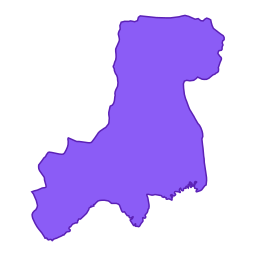 outline of Thung Yang Daeng, Pattani, Thailand
{"feature_id": "78962969B39593186090950", "entity_name": "Thung Yang Daeng", "entity_type": "district", "adm_level": 2, "iso_a3": "THA", "parent_name": "Thailand", "parent_adm1": "Pattani", "projection": "natural_earth1", "projection_center": [101.449, 6.64], "detail": "fine", "context": "isolated", "style": "filled", "palette": "violet", "viewbox_px": 256, "rotation_deg": 0, "n_neighbors": 0, "source": "geoboundaries", "source_scale": "gbopen_adm2", "svg_char_len": 5827}
<svg xmlns="http://www.w3.org/2000/svg" viewBox="0 0 256 256"><path d="M217.3,72.5L217.8,72.1L218.4,71.2L218.6,69.0L218.3,67.7L220.1,62.3L221.3,59.6L221.4,59.1L221.4,58.2L221.0,57.3L219.9,56.3L217.9,53.5L218.1,52.5L218.5,51.4L219.1,50.6L221.3,50.3L222.0,49.5L222.1,48.8L222.1,47.2L222.5,45.9L222.9,45.4L222.9,44.5L222.3,43.4L222.3,42.4L222.8,40.7L223.8,40.1L224.2,39.3L224.1,37.3L223.1,35.6L221.2,34.4L218.9,32.7L213.4,28.4L212.1,25.5L211.3,22.7L210.7,19.9L208.8,18.8L206.7,18.1L204.8,19.2L203.1,20.9L200.9,20.7L198.2,18.6L195.1,19.2L188.8,16.4L185.0,15.4L181.6,16.1L179.1,16.8L170.2,17.9L166.5,17.9L156.4,17.6L140.2,15.9L138.4,17.3L137.5,20.6L134.7,21.7L130.6,20.9L128.5,21.4L124.7,21.3L121.2,22.2L119.9,25.6L120.2,29.1L119.0,31.3L118.4,33.1L118.3,34.3L118.9,36.5L119.4,39.1L119.2,41.0L117.3,45.4L116.5,47.1L115.7,49.1L115.7,51.4L116.0,54.1L116.1,57.1L115.7,59.9L114.7,62.1L113.9,65.0L113.2,66.2L113.5,67.5L114.2,68.6L114.4,70.7L115.6,73.8L116.3,74.6L116.9,75.9L117.5,77.8L117.6,79.9L118.0,82.7L117.6,86.3L115.8,89.9L115.1,92.0L114.9,93.9L115.2,95.1L114.8,97.1L114.5,100.1L114.2,101.5L113.6,103.3L112.4,105.1L110.3,106.1L110.0,106.9L108.8,112.4L108.8,114.6L109.3,118.0L108.9,122.7L108.5,124.0L105.7,127.5L104.2,128.3L100.1,131.1L98.5,132.6L94.9,137.9L92.5,141.1L91.4,142.4L89.7,142.8L88.0,142.7L83.0,142.0L79.2,141.5L76.8,141.5L75.7,141.1L68.4,137.9L68.1,138.1L67.9,139.1L68.2,141.4L68.1,144.4L67.5,146.9L66.2,149.9L64.5,153.0L63.4,154.0L61.9,154.3L59.1,154.0L51.9,152.5L49.2,152.1L48.1,152.5L46.5,154.6L45.7,156.3L44.9,157.2L43.7,158.1L42.9,159.4L38.7,165.0L38.6,166.9L38.8,168.8L39.6,170.7L42.1,174.3L44.0,176.9L44.4,177.9L44.5,180.0L45.9,185.1L46.1,186.3L45.9,187.2L45.1,187.6L42.2,188.0L37.4,190.1L34.2,190.9L31.8,191.8L33.4,193.9L36.3,200.6L37.5,205.5L37.1,207.4L35.8,209.8L34.4,210.8L32.8,212.7L32.1,214.5L32.2,216.0L32.7,218.3L35.1,223.4L37.0,226.7L38.9,229.3L41.9,233.0L44.5,237.1L45.0,238.2L46.6,238.0L46.9,238.2L47.1,238.4L47.2,239.0L47.6,239.1L48.1,239.8L48.4,239.9L49.5,239.6L50.7,239.4L51.7,239.8L52.0,240.5L52.4,240.6L53.7,239.1L54.9,238.8L55.4,238.4L56.4,238.3L59.3,236.9L60.3,236.5L62.0,235.7L63.0,234.9L63.8,235.1L65.0,233.6L65.5,233.4L65.7,232.8L66.1,232.3L67.6,231.7L69.0,231.6L69.7,231.3L70.1,230.7L70.2,230.0L70.0,229.6L69.0,228.8L68.9,228.6L69.2,227.6L69.4,227.2L69.9,226.8L70.2,226.9L70.4,226.9L70.8,226.5L72.0,224.8L72.7,224.1L75.9,222.8L76.1,222.8L76.8,223.0L77.1,222.9L77.7,221.9L77.6,220.8L77.8,220.5L78.3,220.2L78.4,219.6L78.6,219.1L78.9,218.9L79.2,218.9L80.1,219.2L80.4,218.9L81.1,218.6L81.3,218.3L83.6,216.2L86.5,213.4L88.8,209.5L88.9,208.6L89.1,208.2L89.4,207.8L90.4,207.3L91.0,206.2L91.3,206.2L91.6,206.8L92.4,206.4L93.9,206.0L93.9,205.9L93.6,205.3L93.6,204.6L94.6,204.4L96.3,202.5L98.0,201.0L99.6,200.5L101.3,200.3L104.3,200.2L108.3,200.9L109.3,201.5L111.4,203.3L111.8,203.4L116.4,203.4L118.5,204.2L119.5,205.2L121.6,210.8L122.5,212.0L123.2,212.1L124.2,211.7L124.6,211.9L125.7,213.6L127.2,215.6L127.5,215.7L128.2,215.6L128.8,215.8L129.2,217.2L129.5,217.6L129.9,217.9L130.5,218.0L131.1,217.8L131.9,217.4L132.8,216.7L133.0,216.7L133.1,216.9L133.0,217.3L132.3,218.7L131.6,219.2L130.4,219.7L130.2,219.9L130.2,220.2L130.5,220.8L133.5,225.4L134.0,225.6L134.5,225.5L135.1,224.0L135.3,223.8L135.5,223.8L135.7,224.1L135.7,224.3L135.4,225.3L135.4,225.9L135.5,226.2L135.8,226.3L137.3,226.3L138.4,226.7L138.9,226.6L139.3,226.4L139.8,225.8L141.1,223.5L142.5,221.8L142.9,221.2L143.0,220.7L142.7,217.8L143.2,217.6L144.2,218.1L144.8,218.2L145.3,217.9L145.6,217.6L145.7,217.1L145.7,216.5L145.1,215.4L145.2,214.9L146.5,213.4L147.2,212.5L147.7,211.2L148.1,209.3L148.8,208.4L148.9,208.1L149.1,206.3L149.0,204.6L147.8,197.8L146.8,195.1L146.8,194.6L146.9,194.4L148.2,194.3L151.7,195.1L152.5,195.1L153.3,195.0L154.7,194.6L155.7,194.6L161.2,195.6L161.4,195.7L161.9,196.2L162.1,196.8L162.7,197.1L163.2,197.1L163.6,197.3L163.9,196.9L164.2,196.7L164.4,197.0L165.0,197.4L166.1,197.7L166.1,198.7L166.4,199.2L167.1,199.2L167.6,199.2L168.0,198.9L168.9,198.9L169.7,199.1L171.8,200.1L172.0,199.6L172.1,198.9L172.0,198.3L171.7,197.9L171.6,197.5L171.8,197.2L172.3,197.2L172.1,196.7L170.6,195.7L170.6,195.3L170.7,195.0L171.7,194.6L171.9,194.6L172.5,195.3L173.3,195.9L173.8,196.0L174.4,195.8L175.4,195.0L175.6,194.5L175.5,194.0L175.1,193.7L174.6,193.2L174.5,192.3L174.8,191.8L175.5,191.5L178.4,191.8L179.3,192.1L179.9,192.5L180.2,192.4L180.2,191.8L180.0,191.3L179.4,190.5L179.4,189.7L179.7,188.9L180.3,188.3L180.6,188.2L180.8,188.5L180.8,189.0L181.6,190.3L182.3,190.7L183.0,190.7L183.4,190.3L183.6,188.8L184.2,188.2L185.7,188.4L186.0,188.3L186.1,188.1L185.8,187.5L185.8,187.2L186.0,186.6L186.3,186.3L186.5,186.3L187.1,186.7L188.0,187.9L188.3,188.1L188.4,187.8L188.4,186.8L188.1,185.7L188.1,185.3L188.2,184.7L188.6,184.2L189.0,184.2L189.2,184.5L189.5,184.8L189.8,185.8L190.1,186.4L190.8,187.4L191.1,187.4L191.4,186.9L191.5,185.1L191.3,184.8L190.4,184.2L190.1,183.8L189.6,182.9L189.5,182.3L190.1,182.0L190.4,182.1L191.6,183.1L192.0,183.7L192.1,184.2L192.6,185.8L192.7,186.2L192.9,186.3L194.4,183.7L194.6,182.2L195.1,181.6L195.6,181.5L196.1,181.6L196.4,181.8L196.6,181.9L196.6,182.2L196.1,182.7L195.1,184.0L194.8,184.7L194.4,185.8L194.4,186.8L194.8,188.3L196.9,188.8L197.4,189.1L197.4,189.3L196.8,189.8L196.4,190.5L196.1,191.1L196.2,191.6L196.5,191.8L196.8,191.8L198.7,191.2L200.6,190.5L201.7,189.8L204.7,185.9L205.3,185.4L206.1,185.0L206.6,180.4L206.5,177.4L206.1,174.6L204.3,162.5L204.1,158.7L203.7,156.2L203.0,148.3L202.5,144.5L201.9,138.9L202.8,136.5L202.6,133.5L202.1,131.2L200.9,127.9L199.5,125.3L197.9,123.5L195.1,118.7L193.9,116.4L189.6,109.3L188.4,106.3L186.6,101.3L185.5,98.6L184.4,94.5L183.6,88.2L183.4,83.8L184.4,81.1L186.7,80.3L189.8,80.8L193.7,80.3L196.0,78.7L197.6,77.1L202.1,79.2L204.3,79.4L206.6,79.3L208.8,78.3L212.9,74.9L215.0,74.1L215.9,73.2L217.3,72.5Z" fill="#8b5cf6" stroke="#5b21b6" stroke-width="1.5"/></svg>